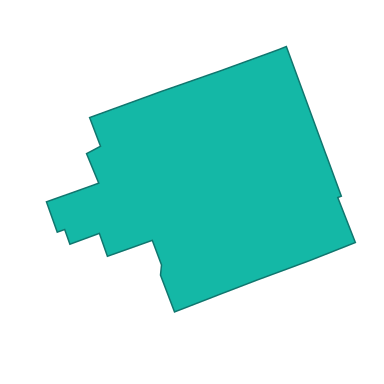 Garland, Arkansas, United States of America (Mercator projection), rotated 159°
{"feature_id": "52423323B93993712170814", "entity_name": "Garland", "entity_type": "district", "adm_level": 2, "iso_a3": "USA", "parent_name": "United States of America", "parent_adm1": "Arkansas", "projection": "mercator", "projection_center": [-93.096, 34.581], "detail": "fine", "context": "isolated", "style": "filled", "palette": "teal", "viewbox_px": 384, "rotation_deg": 159, "n_neighbors": 0, "source": "geoboundaries", "source_scale": "gbopen_adm2", "svg_char_len": 529}
<svg xmlns="http://www.w3.org/2000/svg" viewBox="0 0 384 384"><g transform="rotate(159 192 192)"><path d="M57.7,102.3L57.9,134.6L54.1,134.6L53.5,176.0L53.5,180.6L51.8,294.0L60.7,293.9L124.6,295.0L132.7,295.3L184.8,296.9L260.9,298.2L261.0,267.5L276.7,265.6L275.9,233.7L292.0,234.0L331.4,235.0L332.2,202.8L324.3,202.6L324.5,194.4L324.7,187.0L293.3,186.6L294.0,162.3L246.4,161.1L246.6,134.8L251.2,125.7L251.3,86.3L203.0,86.5L163.4,86.5L106.2,85.8L57.6,86.3L57.7,102.3Z" fill="#14b8a6" stroke="#0f766e" stroke-width="1.5"/></g></svg>